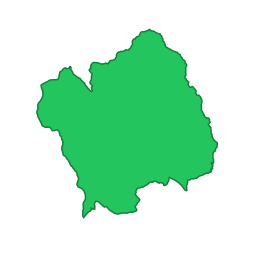 the district of Cerrito, Santander, Colombia, rotated 331°
{"feature_id": "7082276B90463552702782", "entity_name": "Cerrito", "entity_type": "district", "adm_level": 2, "iso_a3": "COL", "parent_name": "Colombia", "parent_adm1": "Santander", "projection": "mercator", "projection_center": [-72.643, 6.901], "detail": "fine", "context": "isolated", "style": "filled", "palette": "green", "viewbox_px": 256, "rotation_deg": 331, "n_neighbors": 0, "source": "geoboundaries", "source_scale": "gbopen_adm2", "svg_char_len": 5806}
<svg xmlns="http://www.w3.org/2000/svg" viewBox="0 0 256 256"><g transform="rotate(331 128 128)"><path d="M206.1,139.6L206.1,138.2L206.3,137.8L206.5,136.4L206.1,134.3L205.8,133.7L204.1,132.5L204.0,131.6L204.5,129.7L205.5,128.7L205.6,128.1L205.5,126.8L204.9,125.5L204.9,124.0L204.3,122.8L202.8,123.0L202.2,122.6L201.7,121.5L201.6,119.4L201.9,118.8L203.3,117.4L202.4,114.2L202.6,113.4L202.1,111.7L202.6,110.7L204.0,110.1L204.9,108.9L205.3,107.2L206.3,105.9L207.7,103.1L209.0,102.3L209.7,101.6L210.1,100.7L209.7,99.8L209.7,98.5L210.3,96.7L209.5,95.4L209.1,94.1L209.3,92.7L209.0,92.5L208.8,90.9L209.2,89.6L209.0,88.8L207.9,87.3L207.8,86.9L208.0,85.8L207.6,85.5L206.6,85.0L206.5,84.4L204.0,81.5L203.4,80.0L202.5,79.0L200.7,75.8L200.4,74.1L201.0,72.9L200.9,72.4L201.1,71.7L201.0,71.3L201.3,69.9L200.8,68.7L200.9,68.1L201.8,66.9L201.5,65.5L202.0,63.9L201.4,62.3L201.7,61.6L201.6,61.2L200.7,60.8L200.1,60.3L199.5,59.0L198.6,58.1L197.5,55.9L195.3,54.1L195.0,53.6L194.8,53.0L194.9,52.5L194.7,52.2L191.5,52.2L190.2,52.0L188.4,51.5L186.8,50.6L185.5,50.6L184.1,51.4L182.6,52.7L181.9,52.9L181.1,52.8L180.3,52.5L179.3,52.6L177.9,53.1L177.6,53.6L177.2,53.6L176.2,53.0L175.6,53.1L173.9,54.1L173.2,55.3L173.0,56.1L171.8,57.6L170.3,58.2L169.4,59.0L168.3,59.4L167.4,59.4L166.6,60.1L166.1,60.2L165.2,59.6L164.2,58.5L163.7,58.6L162.9,58.5L161.5,58.7L160.9,58.6L158.7,57.5L157.7,57.7L157.1,57.1L155.2,57.2L155.0,57.5L154.2,57.8L153.0,58.8L152.5,60.2L151.5,60.5L150.1,61.5L148.1,61.6L145.2,60.4L141.6,62.1L141.2,61.9L140.8,61.3L139.7,60.3L138.7,60.4L138.2,60.1L136.4,59.7L136.0,59.1L135.1,58.7L133.8,56.8L133.2,56.5L132.7,56.0L130.4,54.4L129.4,54.0L128.6,54.0L126.6,54.7L125.6,55.4L125.5,56.0L125.0,56.4L124.8,57.0L124.5,57.1L124.6,57.4L123.9,58.2L123.1,57.9L122.6,58.4L122.2,58.4L122.1,60.1L122.7,62.7L122.6,63.6L120.7,65.6L120.5,66.5L119.2,68.0L116.9,69.5L116.6,70.0L116.5,71.2L116.9,72.0L117.4,73.7L115.5,75.1L115.1,76.5L114.9,78.3L113.8,78.5L112.8,76.5L112.6,74.7L112.0,73.7L112.0,72.0L111.8,71.3L111.8,70.9L111.5,70.4L111.5,69.3L111.8,67.6L111.1,66.1L110.8,65.7L110.8,65.0L110.1,63.3L110.3,61.9L107.7,57.8L107.6,57.0L106.9,55.9L106.4,54.1L106.6,51.7L106.4,49.7L106.6,48.8L107.3,47.9L107.5,47.2L107.4,46.4L107.1,46.1L106.6,46.4L106.2,46.5L105.6,47.0L103.6,46.8L102.5,45.2L101.8,44.8L99.6,45.0L98.6,45.7L95.5,46.0L91.8,50.5L90.1,51.5L88.5,51.0L86.6,49.8L82.9,48.2L80.1,48.4L75.4,48.1L73.2,48.2L72.6,48.5L72.4,49.2L71.8,50.9L71.3,54.4L69.5,58.2L67.1,60.3L63.8,62.2L61.8,62.8L60.2,64.2L58.7,67.4L56.6,69.1L55.6,70.7L55.3,72.8L54.8,74.2L54.6,76.6L54.6,80.3L54.1,84.6L56.1,87.4L59.3,88.9L60.2,90.2L60.6,93.8L62.5,94.5L64.2,94.7L64.9,95.2L66.1,97.4L64.9,101.3L65.3,103.2L65.0,105.1L64.5,106.1L64.5,108.1L63.4,110.2L62.6,111.2L61.3,112.1L59.7,114.7L59.3,116.9L58.3,120.1L58.4,120.8L59.4,122.4L59.6,123.2L59.6,125.5L60.0,126.9L60.2,129.3L59.7,132.6L59.8,133.4L60.0,134.2L60.6,135.0L60.7,135.4L60.4,136.3L60.9,137.7L60.7,138.9L60.8,139.5L61.3,140.3L61.6,142.3L60.5,145.0L60.6,146.3L60.1,148.6L56.6,151.8L56.0,152.7L55.8,153.5L55.8,155.2L56.3,156.2L57.3,157.1L58.4,159.1L58.9,161.7L58.9,162.8L58.5,163.7L58.6,164.6L57.9,166.7L57.3,167.6L57.1,168.3L56.7,169.0L54.8,170.7L53.8,171.0L53.3,171.4L52.5,172.0L51.7,173.1L49.9,177.0L47.9,179.0L47.6,180.1L46.2,182.0L45.8,183.1L45.7,184.8L48.3,183.9L49.6,183.2L51.1,182.9L52.5,182.3L54.9,182.3L56.8,181.4L57.1,180.3L57.4,180.4L58.0,181.9L59.6,182.8L61.1,180.3L61.9,178.0L62.6,177.4L64.1,176.6L64.4,176.6L66.3,178.0L66.7,178.6L67.1,180.8L67.9,182.4L68.0,183.0L67.9,183.5L68.4,184.2L68.8,185.4L69.0,185.7L70.4,186.0L71.2,186.8L71.6,187.6L71.5,189.1L72.0,190.0L72.7,192.4L73.9,194.0L74.3,195.1L75.1,196.3L76.4,197.6L77.8,198.5L79.1,198.7L82.1,199.8L84.9,201.3L85.9,202.0L87.8,202.3L89.6,202.9L90.7,203.7L94.5,204.6L95.7,204.2L96.0,203.9L96.1,202.2L95.9,201.3L96.3,200.2L96.7,199.8L98.3,199.4L98.7,198.9L99.6,198.5L100.4,197.8L101.8,197.7L103.4,196.5L103.5,195.4L102.5,192.2L102.5,191.1L102.0,189.8L102.8,189.0L103.8,188.4L104.2,187.1L104.7,186.6L105.4,186.4L106.3,185.5L107.1,185.6L107.8,185.4L108.3,185.5L109.2,186.1L111.4,186.5L113.0,187.0L116.1,186.7L117.4,186.9L118.3,186.7L118.6,186.3L120.3,186.4L121.3,186.1L121.8,186.4L122.4,187.2L124.0,187.5L124.6,187.1L125.0,187.1L125.4,187.5L125.8,187.5L126.5,187.9L127.1,189.4L127.6,189.8L127.7,190.4L128.1,190.5L128.5,191.4L129.4,191.4L130.0,191.7L130.5,191.8L130.9,192.2L132.0,193.9L131.6,195.1L131.7,195.8L133.0,196.3L135.3,195.8L136.5,194.7L137.5,194.3L138.9,192.8L139.4,191.9L140.2,191.3L143.8,196.4L145.6,200.0L146.9,203.7L147.8,210.0L148.2,210.8L148.8,211.2L149.3,211.0L149.9,209.5L150.5,208.8L150.9,207.2L152.3,206.1L153.6,204.7L154.9,202.5L155.5,202.6L156.9,203.4L158.4,203.1L159.7,203.6L160.2,204.2L162.6,204.6L163.6,205.3L165.7,204.7L167.0,204.6L168.4,205.0L170.2,205.2L170.6,205.4L173.3,205.2L173.7,205.5L175.1,205.6L176.3,206.5L177.4,206.4L177.9,206.7L177.7,206.4L177.8,206.1L178.1,206.1L178.2,206.6L178.7,206.7L179.2,206.2L179.5,206.4L180.2,206.1L180.6,205.1L180.3,204.8L180.4,204.2L181.1,204.2L181.7,204.0L181.6,204.5L182.1,204.7L182.4,204.3L182.5,203.4L183.1,202.9L183.1,202.2L183.9,202.2L184.2,201.0L183.7,199.8L184.1,198.8L184.5,199.1L184.4,200.2L185.3,200.3L186.3,199.3L186.8,198.1L187.4,197.6L187.8,195.6L188.3,194.2L189.5,192.2L190.8,190.8L191.5,190.5L192.3,190.6L193.1,190.4L194.8,188.5L196.3,188.0L197.0,187.4L197.4,186.4L198.8,184.6L198.9,183.8L198.1,182.7L197.7,181.7L197.7,180.7L197.2,179.7L197.3,177.1L197.7,175.3L198.2,174.8L198.2,172.9L199.1,171.0L199.6,170.4L199.6,169.8L200.6,168.0L200.6,167.2L200.2,166.5L200.0,163.7L201.1,163.4L201.7,162.9L202.6,162.8L202.8,161.0L203.4,160.3L203.4,159.0L203.0,158.1L201.8,157.8L201.8,157.1L200.8,156.4L200.7,154.7L200.9,153.8L201.0,147.2L201.9,146.6L202.1,145.4L203.1,144.2L203.1,143.7L203.3,143.1L204.6,142.0L206.1,139.6Z" fill="#22c55e" stroke="#15803d" stroke-width="1.5"/></g></svg>